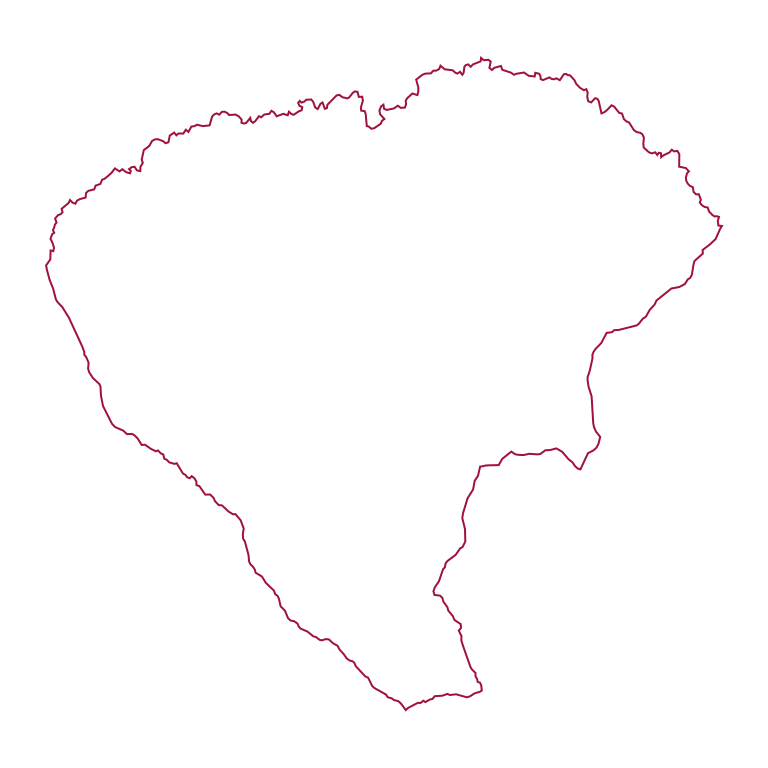 outline of Amambai, Mato Grosso do Sul, Brazil
{"feature_id": "56859067B60164286614093", "entity_name": "Amambai", "entity_type": "district", "adm_level": 2, "iso_a3": "BRA", "parent_name": "Brazil", "parent_adm1": "Mato Grosso do Sul", "projection": "equal_earth", "projection_center": [-54.945, -23.219], "detail": "fine", "context": "isolated", "style": "outline", "palette": "rose", "viewbox_px": 768, "rotation_deg": 0, "n_neighbors": 0, "source": "geoboundaries", "source_scale": "gbopen_adm2", "svg_char_len": 6005}
<svg xmlns="http://www.w3.org/2000/svg" viewBox="0 0 768 768"><path d="M535.3,72.8L534.7,76.5L528.7,75.8L524.0,72.5L516.3,73.8L514.0,74.8L510.9,72.6L502.3,69.8L501.0,66.0L494.3,67.8L492.0,70.0L489.4,67.9L490.7,61.6L488.4,59.8L483.7,60.2L481.1,57.9L480.6,61.4L473.0,64.4L470.7,66.8L468.2,64.4L465.9,65.0L464.4,66.7L463.6,72.8L462.3,74.8L460.0,71.8L457.4,73.6L455.3,72.7L452.7,70.3L444.7,69.3L440.5,65.7L439.1,69.1L436.1,70.7L433.3,70.7L430.8,73.4L425.3,73.6L422.4,74.8L416.2,79.6L418.3,87.5L418.3,91.6L417.4,95.1L412.4,93.5L407.3,98.1L405.7,100.7L406.1,104.0L405.0,107.5L400.8,107.9L397.8,105.7L393.8,108.5L386.7,109.9L384.1,108.8L383.4,104.7L381.1,106.4L379.4,110.6L380.2,114.4L384.4,119.0L382.1,120.7L380.7,123.8L374.0,128.3L371.2,128.7L369.0,126.7L366.8,126.1L365.7,114.1L364.7,111.2L361.2,110.6L360.9,107.4L362.9,100.7L362.2,96.7L358.8,96.9L357.5,91.8L354.7,91.5L352.8,92.8L349.3,97.3L347.3,98.4L342.1,97.1L339.6,94.9L336.6,95.4L327.4,104.8L326.9,108.1L324.9,108.8L322.5,102.5L320.4,103.9L317.7,109.1L315.2,107.5L313.1,101.6L311.2,99.5L306.4,99.7L303.9,101.8L301.5,102.6L299.8,100.9L298.1,102.8L299.5,105.9L302.2,107.0L301.6,110.3L298.8,111.3L293.7,114.8L291.1,113.8L289.0,111.7L287.7,115.3L283.3,113.8L276.7,116.3L273.8,112.2L271.4,110.8L269.4,113.8L264.3,114.5L261.1,117.3L259.0,116.2L255.1,121.3L252.9,122.8L250.9,121.0L250.3,117.9L246.0,123.1L243.8,123.5L241.5,122.8L241.6,119.6L239.0,116.6L235.7,114.6L229.0,115.0L227.5,113.2L224.7,111.7L221.9,111.8L219.3,114.7L216.6,113.4L214.2,114.4L212.1,116.6L209.6,125.4L202.7,126.1L197.1,124.7L194.6,126.1L191.4,126.6L188.4,131.9L185.8,129.7L183.4,133.5L178.4,133.5L176.4,135.3L174.2,132.6L169.8,135.5L168.4,142.3L165.5,143.2L163.4,141.3L157.9,139.2L155.2,139.3L152.1,140.9L149.2,146.0L143.8,150.1L141.7,159.7L142.8,162.9L140.4,167.0L140.3,171.1L137.0,170.4L134.5,166.7L131.7,167.2L129.0,169.1L130.8,170.8L130.0,173.3L126.2,172.2L122.3,169.2L119.5,171.4L114.9,168.4L111.3,173.1L108.0,176.0L104.4,178.9L102.1,179.7L100.3,184.0L95.6,185.6L94.2,189.4L88.4,190.8L86.1,192.9L85.6,197.6L79.8,199.1L77.0,200.7L75.4,203.7L72.5,202.6L70.0,200.0L68.4,203.2L61.6,208.8L62.6,212.2L60.8,214.1L58.1,215.1L55.1,218.5L56.5,222.6L54.9,224.6L54.1,227.8L52.9,230.0L54.2,232.8L52.2,234.1L50.5,238.9L52.2,242.1L54.0,247.7L53.3,251.1L50.6,250.5L50.3,259.4L46.1,265.4L46.9,269.7L49.6,279.8L53.1,288.5L55.9,299.4L57.5,302.0L62.3,307.1L68.9,317.7L82.1,346.2L84.3,352.0L84.3,354.9L86.1,356.8L88.6,362.7L88.1,368.6L89.1,372.1L92.9,378.0L99.4,384.1L100.5,386.7L101.0,395.9L103.0,406.0L112.0,423.8L115.2,427.1L123.2,430.6L127.0,434.1L131.7,433.9L133.9,434.8L137.6,438.4L141.7,445.0L145.0,444.7L150.8,448.8L155.9,451.3L158.0,450.4L160.7,453.3L163.3,454.5L164.3,458.7L166.9,459.9L169.3,462.4L174.5,463.9L176.7,463.2L183.0,473.6L185.5,474.9L187.2,477.3L189.8,478.2L191.7,476.1L194.4,478.3L196.3,481.3L196.5,485.2L199.4,486.1L205.2,494.6L210.1,494.5L213.7,498.0L214.9,501.1L218.6,505.0L222.0,505.4L228.5,511.5L233.0,514.3L235.4,514.1L240.6,520.2L243.7,528.4L242.8,534.5L243.2,538.9L244.9,541.5L248.5,554.9L249.1,561.6L250.5,564.4L252.9,566.6L254.8,569.6L255.6,572.7L261.9,576.5L265.8,582.8L274.0,590.7L275.2,594.2L277.5,595.8L278.9,598.6L280.6,606.3L284.9,610.6L288.0,618.1L290.5,620.5L294.1,621.2L297.4,623.5L298.9,626.8L300.6,628.6L307.5,631.6L313.4,636.4L315.7,636.9L320.1,640.1L322.4,640.2L325.7,639.1L328.9,639.4L332.8,643.1L337.7,645.9L339.6,649.7L343.7,654.1L346.6,658.3L349.4,660.4L352.8,661.4L354.5,663.1L355.7,666.1L365.2,676.3L368.2,677.8L372.3,686.2L374.7,688.2L386.1,694.6L387.7,697.2L391.8,698.4L394.0,700.1L398.3,701.1L400.9,703.5L405.8,710.1L408.1,707.9L417.9,702.8L420.5,703.0L423.4,700.7L425.4,702.1L430.1,699.4L432.4,699.0L434.7,696.2L442.5,695.7L447.3,693.9L449.9,695.0L456.1,694.3L466.9,697.3L470.0,696.3L474.7,693.3L479.7,691.9L481.8,690.5L481.2,685.2L480.0,682.7L477.7,681.9L477.1,679.1L475.5,676.2L475.5,673.0L471.8,669.3L470.5,667.1L463.1,646.1L461.3,640.4L461.5,636.1L458.8,630.7L461.0,627.9L460.7,624.1L454.5,620.0L452.9,616.2L448.3,610.6L447.4,607.2L443.5,601.8L442.3,597.8L440.0,595.6L434.6,595.0L433.4,591.3L434.8,587.4L439.0,581.2L443.0,569.3L444.9,567.3L445.6,563.3L447.8,560.7L455.6,554.9L460.2,548.3L462.5,547.1L465.3,541.5L465.0,529.1L462.3,518.1L463.0,513.3L467.6,498.2L473.1,489.5L474.7,480.8L478.0,475.8L480.1,466.7L486.5,465.4L498.7,465.1L502.2,458.9L511.3,451.6L515.3,454.3L518.1,454.8L523.4,455.1L529.3,453.8L537.9,454.4L540.5,453.9L545.3,450.3L550.3,450.0L556.4,448.4L562.3,451.9L568.7,459.4L572.4,462.2L575.0,466.1L577.7,468.5L580.4,469.4L588.0,453.2L593.5,450.4L596.5,447.6L598.5,443.7L600.2,436.9L596.0,431.6L594.0,427.2L593.2,422.8L591.6,396.3L588.6,386.8L587.6,380.5L587.6,377.2L589.8,370.6L592.5,358.3L592.4,354.8L593.5,352.0L595.3,349.2L601.3,343.0L606.6,332.9L611.9,332.2L614.1,330.2L618.9,329.9L636.7,325.4L638.8,323.8L642.7,318.8L645.9,316.7L649.7,309.9L654.5,304.7L656.5,300.5L671.4,288.5L679.3,287.0L684.9,284.0L687.8,279.4L690.2,277.9L691.9,274.7L693.4,265.0L694.5,261.0L702.8,253.6L702.6,250.0L710.3,244.1L715.7,238.9L720.3,228.5L721.9,226.0L718.4,225.5L717.8,220.9L719.0,216.9L716.8,216.2L714.8,216.5L712.5,215.1L709.0,211.4L707.7,207.5L704.8,207.0L702.1,205.4L699.8,202.6L700.9,199.8L698.8,194.2L696.1,194.4L693.6,192.0L692.8,187.2L689.7,185.7L687.7,183.5L686.3,180.9L685.9,177.8L687.0,173.3L688.9,171.4L685.8,168.0L679.2,166.7L679.3,154.1L677.3,150.9L674.1,151.4L671.8,149.7L669.4,152.5L663.5,155.3L661.2,157.2L661.0,153.3L658.8,152.7L657.3,155.0L655.2,152.3L652.1,153.4L648.9,152.3L643.7,147.5L643.3,143.7L643.9,137.6L642.3,134.2L640.0,132.7L636.9,132.2L633.9,130.1L629.1,122.5L626.3,121.3L623.9,119.1L622.0,113.5L619.2,112.9L614.2,106.6L611.5,105.3L607.3,109.8L604.5,112.1L601.5,113.4L598.7,101.0L597.4,98.8L595.1,98.2L591.2,102.4L588.3,101.3L587.2,96.9L587.7,92.4L586.3,89.2L583.9,90.2L580.0,87.8L576.2,83.8L574.4,80.1L570.0,75.3L567.7,75.1L566.0,73.9L563.9,74.2L559.8,80.2L556.4,78.3L554.0,79.3L551.5,78.9L549.4,77.4L543.0,80.1L540.7,79.1L540.5,76.2L539.3,73.8L535.3,72.8Z" fill="none" stroke="#9f1239" stroke-width="2"/></svg>